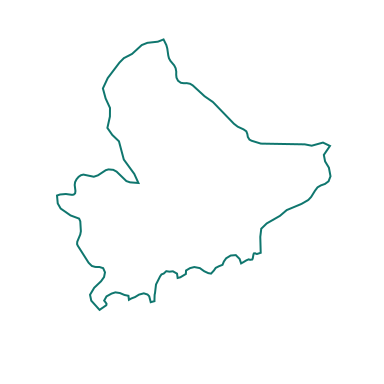 Alpes-Maritimes, Equal Earth projection, rotated 16°
{"feature_id": "FRA-5266", "entity_name": "Alpes-Maritimes", "entity_type": "Metropolitan department", "adm_level": 1, "iso_a3": "FRA", "parent_name": "France", "parent_adm1": "", "projection": "equal_earth", "projection_center": [7.102, 43.917], "detail": "fine", "context": "isolated", "style": "outline", "palette": "teal", "viewbox_px": 384, "rotation_deg": 16, "n_neighbors": 0, "source": "natural_earth", "source_scale": "10m", "svg_char_len": 2181}
<svg xmlns="http://www.w3.org/2000/svg" viewBox="0 0 384 384"><g transform="rotate(16 192 192)"><path d="M319.8,136.7L320.8,138.7L320.3,144.1L317.6,147.6L314.1,150.1L311.4,152.9L309.9,156.8L307.9,163.9L306.0,167.6L300.6,173.2L288.0,183.3L283.1,190.7L272.5,201.6L268.7,208.2L270.0,216.3L274.8,231.5L271.5,233.7L270.5,233.7L269.5,233.5L268.4,234.0L268.3,235.1L268.7,239.2L268.5,240.3L266.5,241.2L265.1,241.1L263.1,242.7L261.0,245.0L258.9,247.1L256.2,243.2L251.5,240.6L246.7,242.4L243.1,246.3L241.8,250.0L241.4,253.6L238.4,255.9L235.7,258.4L234.7,261.4L232.8,265.2L230.0,265.5L225.6,264.8L220.5,263.0L214.9,263.5L211.1,265.7L207.9,269.1L208.7,272.5L204.3,277.2L201.9,278.6L200.1,274.6L195.5,273.5L192.3,274.8L189.1,275.2L187.3,278.2L185.4,279.6L184.6,281.9L182.9,290.8L184.3,299.4L184.4,301.1L185.3,304.7L186.0,307.3L182.7,309.3L179.6,304.0L177.5,302.8L173.6,302.7L169.4,305.2L166.2,308.7L163.0,311.1L161.1,313.0L159.5,309.3L155.5,309.6L150.5,309.0L146.0,309.6L142.7,311.8L138.6,315.9L137.5,320.6L139.6,322.1L140.7,323.1L140.8,324.5L135.6,330.8L125.1,324.2L122.3,318.9L124.4,311.0L129.2,302.8L130.9,298.0L130.5,293.2L127.6,289.7L123.8,289.6L119.7,290.7L116.1,290.7L112.1,288.5L97.1,275.2L95.9,273.8L95.4,271.4L96.3,263.7L96.0,260.4L92.7,251.0L90.8,248.7L81.7,248.0L70.3,244.1L66.1,240.0L63.2,232.6L65.8,230.8L71.3,228.7L77.5,227.8L79.0,227.1L80.0,225.5L79.7,223.2L77.3,217.6L76.9,214.7L77.5,211.6L78.8,208.7L80.6,206.5L82.8,205.2L93.4,204.4L97.0,201.9L103.1,194.8L105.5,193.3L110.2,192.4L113.9,193.2L125.9,199.6L129.8,199.8L138.0,198.1L131.5,190.5L117.5,179.6L107.8,163.4L99.6,159.1L93.0,153.7L92.3,142.1L90.0,133.8L83.2,125.9L77.8,117.0L79.6,105.7L86.6,87.6L89.6,82.1L96.3,75.8L103.2,64.6L108.0,60.9L117.8,56.9L122.6,53.2L126.8,57.8L128.7,60.9L131.6,67.4L133.0,69.8L135.1,71.9L140.0,75.2L142.2,77.6L143.7,80.7L144.5,83.7L145.6,86.4L147.9,88.9L151.2,90.1L154.1,89.7L157.0,88.8L160.3,88.5L163.3,89.3L177.7,96.5L187.4,99.8L213.4,114.8L217.9,116.6L224.3,117.6L227.5,118.7L229.2,121.0L230.5,123.7L232.8,125.8L235.1,126.3L244.9,126.5L287.3,115.1L294.3,114.5L304.3,108.4L311.9,109.7L308.5,120.0L311.5,125.9L316.9,130.9L319.8,136.7Z" fill="none" stroke="#0f766e" stroke-width="2"/></g></svg>